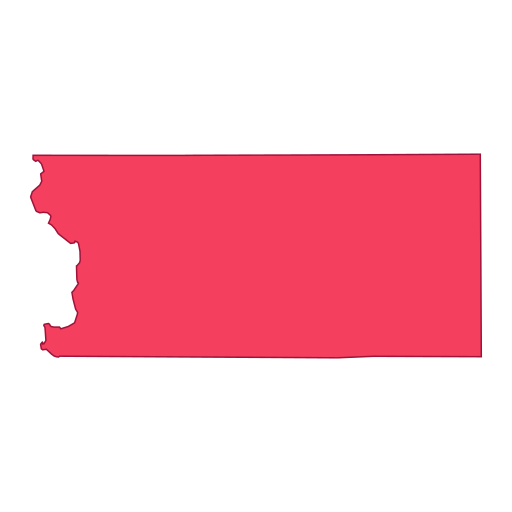 Lyon, Iowa, United States of America (orthographic projection)
{"feature_id": "52423323B71367497505693", "entity_name": "Lyon", "entity_type": "district", "adm_level": 2, "iso_a3": "USA", "parent_name": "United States of America", "parent_adm1": "Iowa", "projection": "orthographic", "projection_center": [-96.51, 43.379], "detail": "fine", "context": "isolated", "style": "filled", "palette": "rose", "viewbox_px": 512, "rotation_deg": 0, "n_neighbors": 0, "source": "geoboundaries", "source_scale": "gbopen_adm2", "svg_char_len": 1223}
<svg xmlns="http://www.w3.org/2000/svg" viewBox="0 0 512 512"><path d="M121.4,155.4L37.8,155.3L33.1,155.3L33.0,159.0L33.5,159.8L35.7,161.3L37.5,160.4L38.3,160.5L40.8,163.1L41.6,164.2L44.0,171.3L40.7,173.9L41.5,179.8L41.8,181.1L39.8,185.1L32.4,191.6L30.7,196.7L30.9,197.8L35.9,210.7L36.7,211.5L38.7,212.3L39.8,212.8L43.4,212.3L47.5,212.7L50.5,215.4L50.9,216.3L50.2,219.4L48.5,223.2L51.5,224.9L55.0,228.6L58.2,233.6L60.9,235.8L70.6,243.4L74.2,242.9L74.8,242.3L74.8,241.3L75.4,241.2L77.7,242.3L78.5,243.6L80.0,251.3L80.2,259.4L80.2,260.5L79.6,262.7L77.0,265.7L76.5,265.9L76.6,270.8L76.9,279.5L77.6,282.4L78.2,282.6L78.4,283.4L73.7,290.5L71.9,292.3L73.0,298.9L75.6,309.0L77.6,312.4L77.3,314.4L74.6,322.8L68.2,326.5L60.8,328.8L59.5,327.1L54.5,327.1L54.0,327.1L51.1,326.5L50.1,325.5L49.6,324.3L48.4,323.5L44.3,324.3L43.8,325.2L44.2,326.2L44.8,326.9L45.0,328.0L45.2,330.2L45.9,340.5L43.9,343.8L42.7,344.0L42.7,342.4L42.3,342.1L40.6,344.2L41.3,348.8L42.7,349.8L46.4,349.3L51.4,354.0L54.1,356.0L56.6,356.8L58.5,357.0L59.7,356.2L337.6,357.8L373.5,356.3L481.3,356.7L480.3,154.2L480.2,154.2L363.8,154.8L275.8,155.1L275.6,155.1L269.5,155.1L194.8,155.3L183.3,155.4L121.4,155.4Z" fill="#f43f5e" stroke="#9f1239" stroke-width="1.5"/></svg>